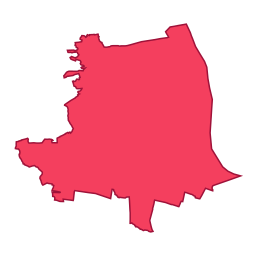 Dragasani, Vâlcea, Romania
{"feature_id": "2599482B20433096122329", "entity_name": "Dragasani", "entity_type": "district", "adm_level": 2, "iso_a3": "ROU", "parent_name": "Romania", "parent_adm1": "Vâlcea", "projection": "robinson", "projection_center": [24.24, 44.65], "detail": "fine", "context": "isolated", "style": "filled", "palette": "rose", "viewbox_px": 256, "rotation_deg": 0, "n_neighbors": 0, "source": "geoboundaries", "source_scale": "gbopen_adm2", "svg_char_len": 5514}
<svg xmlns="http://www.w3.org/2000/svg" viewBox="0 0 256 256"><path d="M240.6,175.9L233.8,174.0L227.9,171.2L222.6,166.8L211.6,148.9L210.1,132.9L211.7,108.2L212.3,99.5L209.6,88.1L207.9,78.5L206.8,67.2L204.5,61.4L199.4,53.1L195.5,46.5L192.4,38.3L191.4,35.9L190.3,32.6L186.3,24.1L170.1,27.0L165.6,31.7L166.6,33.7L168.0,35.9L168.6,37.2L167.1,37.7L160.4,38.6L155.1,39.6L141.5,41.7L130.4,44.8L127.3,45.6L125.2,45.9L121.4,45.9L121.1,45.9L121.1,46.0L119.9,46.1L119.0,46.0L118.2,45.7L117.1,45.7L112.8,45.7L111.0,45.9L110.4,46.4L109.8,46.7L108.7,46.8L107.8,47.0L106.5,47.2L104.2,47.1L102.6,44.2L101.5,42.6L101.7,42.4L100.7,42.0L99.5,40.9L99.2,39.7L98.9,39.4L98.7,37.5L98.9,36.8L98.4,36.9L98.2,34.7L98.0,34.1L95.3,34.7L94.4,34.8L94.2,34.7L94.1,34.4L92.7,34.6L89.6,34.7L89.6,35.3L89.3,35.6L87.4,34.7L86.4,36.2L86.8,36.4L85.8,37.3L84.7,36.2L84.2,35.8L82.7,35.6L81.8,35.6L81.7,36.1L80.2,38.1L80.2,38.8L80.1,39.2L80.7,39.6L82.0,40.1L81.6,41.7L79.0,42.2L75.2,42.6L75.5,44.0L75.1,45.0L75.1,45.5L75.6,45.6L76.1,46.2L76.2,47.4L76.7,47.7L77.5,47.8L77.9,48.8L77.8,49.2L77.6,49.6L77.1,50.0L76.9,49.9L76.3,50.3L75.2,50.7L74.8,50.7L73.9,50.1L67.4,50.3L67.8,51.6L67.9,52.2L68.1,52.4L69.5,52.5L70.3,52.3L71.5,52.7L72.4,52.7L73.9,52.2L74.9,52.3L76.4,52.0L77.3,52.4L77.5,52.8L77.7,53.6L78.0,54.0L78.6,54.2L78.8,54.6L78.8,54.8L78.8,55.0L77.3,56.8L76.8,57.1L75.7,57.6L74.7,57.7L71.5,56.5L70.8,57.2L70.1,57.5L70.7,58.9L71.0,59.1L71.5,59.4L72.9,60.0L73.4,60.1L75.5,60.9L75.8,60.3L76.0,59.3L80.2,60.6L81.0,62.1L80.3,63.5L80.7,64.1L80.7,64.5L81.2,64.9L81.8,65.1L83.0,65.2L83.6,65.7L84.1,66.0L84.1,66.3L81.6,67.1L81.1,67.6L81.9,68.6L82.5,68.6L85.1,68.1L83.5,69.8L83.2,70.3L83.2,70.7L82.2,70.8L80.3,70.5L79.0,70.5L78.1,71.1L76.7,71.3L69.0,71.2L67.3,71.8L66.5,72.4L65.6,73.5L64.8,74.7L63.8,75.8L64.2,77.8L66.0,77.3L66.1,77.0L67.4,76.2L67.8,76.3L73.0,75.5L73.9,75.0L74.2,74.9L74.5,74.6L78.7,73.6L79.0,74.3L80.1,77.4L79.3,77.7L79.3,78.3L79.5,79.0L79.4,79.4L79.2,79.6L78.4,79.6L77.7,79.2L76.8,79.1L76.6,79.2L75.8,80.7L75.4,81.2L74.5,81.4L74.0,81.5L73.7,81.0L72.6,81.3L73.3,83.4L74.0,86.1L74.2,86.3L75.4,86.5L75.6,86.6L76.0,87.7L76.7,88.6L77.0,88.7L78.2,88.7L79.7,88.7L82.0,88.4L82.0,88.6L81.5,89.3L81.2,89.9L80.1,91.0L79.5,91.2L78.6,91.3L78.0,91.5L77.9,92.0L78.2,92.0L78.4,92.3L78.5,93.5L78.9,93.9L79.2,94.0L78.1,94.5L77.7,94.8L78.1,95.7L75.4,97.5L75.3,97.9L70.6,100.6L67.1,103.0L64.7,104.7L64.6,105.0L64.6,105.3L64.9,105.4L66.9,106.4L67.2,106.8L67.7,107.6L68.2,109.8L67.9,111.0L68.1,111.9L68.4,113.8L67.9,115.4L68.0,116.6L68.4,117.8L68.2,118.1L68.2,118.5L68.4,120.5L68.8,120.8L69.0,121.5L69.3,121.8L70.1,123.5L71.6,125.5L72.4,127.2L73.3,128.6L73.2,128.8L72.5,130.0L72.2,130.9L72.2,131.2L71.6,132.0L71.0,132.7L70.6,133.1L69.9,132.1L68.5,133.1L67.9,132.4L65.4,133.6L65.5,133.9L62.1,135.6L60.0,136.5L59.9,136.9L58.8,137.3L57.1,138.2L57.2,142.7L55.7,142.8L52.1,142.7L51.8,141.9L51.8,140.6L52.9,140.4L52.7,140.1L52.5,139.9L51.5,139.4L49.1,139.1L47.9,139.3L44.7,139.2L42.1,142.8L39.2,143.1L37.0,143.1L33.7,142.8L29.0,143.1L28.1,141.7L28.0,140.5L28.3,139.7L28.2,139.2L28.0,138.7L27.6,138.3L25.9,138.9L21.4,140.0L21.4,140.4L18.7,141.1L18.6,141.4L16.3,141.8L16.2,143.7L16.2,146.3L15.6,147.3L15.4,148.2L15.4,148.6L17.3,149.0L18.5,149.0L19.4,150.3L19.8,151.1L19.8,151.9L19.9,152.4L19.9,153.1L19.3,154.0L19.5,154.5L19.1,154.8L19.5,156.8L20.0,157.6L20.2,158.2L21.2,159.3L21.8,160.9L22.9,162.4L22.9,163.0L23.3,164.0L24.2,163.9L24.6,164.5L24.6,164.8L28.1,166.2L28.9,166.8L29.3,167.0L32.6,165.9L33.5,165.8L34.2,165.5L34.4,165.6L34.7,165.7L35.8,166.7L36.5,167.0L37.6,167.2L37.8,167.4L38.3,168.0L38.7,168.8L39.2,169.3L42.0,171.8L42.3,172.3L42.2,174.1L41.8,174.7L40.3,176.5L40.1,176.9L39.9,178.3L41.1,181.0L41.3,182.1L41.9,183.6L42.2,184.3L42.9,185.1L47.0,183.0L48.6,183.5L51.2,183.8L52.2,184.1L52.1,184.9L53.6,185.3L53.8,185.6L53.4,186.7L53.3,187.6L52.6,188.9L52.0,190.7L54.7,191.0L59.8,192.0L60.1,192.1L60.2,192.3L60.0,192.5L59.7,192.6L52.2,192.4L52.6,193.7L52.7,196.4L53.6,196.5L54.2,196.8L54.4,197.0L54.8,197.8L54.8,198.6L54.6,200.0L56.2,200.2L57.0,200.4L59.7,201.4L61.8,201.5L63.5,201.5L63.2,199.2L69.8,200.0L73.2,200.5L73.4,199.7L74.3,191.7L74.8,190.6L88.4,192.6L95.5,193.5L110.6,198.6L112.1,189.3L113.0,189.4L113.6,189.6L113.6,190.0L113.9,191.0L114.4,191.6L114.6,192.2L115.0,193.4L115.0,194.4L115.4,194.7L116.7,195.2L116.8,195.6L117.0,196.0L117.7,196.4L117.8,197.0L118.0,197.3L119.2,197.7L119.7,197.3L120.9,197.5L124.4,197.9L125.5,197.9L126.0,197.4L126.7,197.1L127.6,197.0L129.2,196.9L129.5,200.8L130.0,210.4L130.2,212.8L130.2,219.5L130.1,223.3L131.0,223.3L131.8,222.9L133.2,224.2L134.2,224.6L134.7,224.9L134.8,225.6L135.6,225.9L135.8,226.2L135.8,226.4L135.6,226.6L135.7,226.8L136.0,226.9L136.4,226.8L136.9,226.8L137.6,227.0L138.4,227.7L139.9,228.7L140.2,229.3L141.0,229.2L141.6,229.6L142.5,229.8L143.0,230.4L143.3,230.5L143.7,230.5L144.7,230.0L147.6,230.4L148.1,230.7L148.9,231.4L150.7,231.9L151.3,231.8L153.0,231.4L152.8,231.0L152.0,229.6L151.1,226.4L149.9,221.2L149.8,220.2L152.7,209.4L152.7,209.2L152.6,208.5L152.7,208.0L152.8,208.0L152.9,207.6L153.9,203.8L154.4,200.9L154.6,200.1L165.5,202.5L171.4,204.6L171.7,204.5L172.4,204.6L177.4,206.2L178.3,206.6L178.9,206.6L180.7,202.2L181.3,201.3L182.7,201.6L184.7,192.3L185.9,192.5L190.8,194.2L191.8,194.4L193.1,195.1L193.3,195.5L195.3,196.4L195.3,196.7L195.2,197.3L195.4,197.8L199.0,198.7L199.8,198.8L201.9,195.2L205.5,188.3L212.7,190.8L212.8,189.9L212.4,189.3L212.2,188.9L212.1,188.4L212.1,187.6L212.3,186.8L212.6,186.0L213.6,185.4L228.8,180.1L240.6,175.9Z" fill="#f43f5e" stroke="#9f1239" stroke-width="1.5"/></svg>